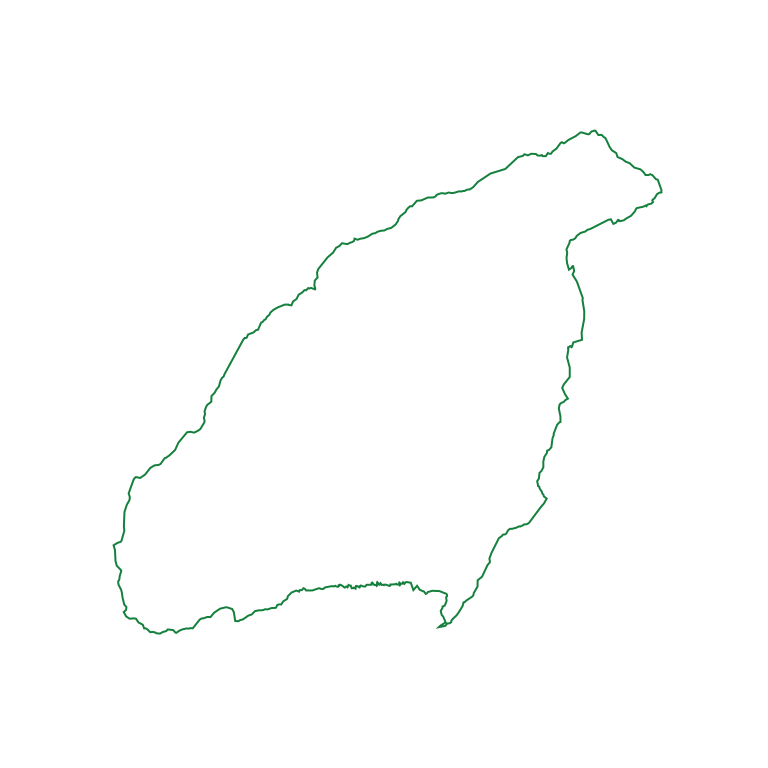 the district of Racoasa, Vrancea, Romania, rotated 283°
{"feature_id": "2599482B99860020344189", "entity_name": "Racoasa", "entity_type": "district", "adm_level": 2, "iso_a3": "ROU", "parent_name": "Romania", "parent_adm1": "Vrancea", "projection": "robinson", "projection_center": [26.879, 46.017], "detail": "fine", "context": "isolated", "style": "outline", "palette": "green", "viewbox_px": 768, "rotation_deg": 283, "n_neighbors": 0, "source": "geoboundaries", "source_scale": "gbopen_adm2", "svg_char_len": 6144}
<svg xmlns="http://www.w3.org/2000/svg" viewBox="0 0 768 768"><g transform="rotate(283 384 384)"><path d="M635.4,610.7L644.6,604.8L644.8,602.8L647.9,598.5L648.3,596.3L647.0,594.5L646.5,591.8L649.1,588.8L650.8,585.7L651.2,579.2L654.4,573.7L655.0,569.5L656.7,565.8L657.7,560.5L661.3,558.3L662.9,553.6L665.5,550.7L673.4,544.5L674.1,542.5L675.7,540.1L674.8,536.9L678.2,533.2L678.4,532.4L676.6,529.3L673.6,527.7L673.2,526.5L673.6,519.7L672.9,518.5L668.6,515.0L663.3,508.8L659.3,505.6L659.0,505.1L659.6,502.9L658.5,501.8L652.2,499.1L648.6,496.0L645.9,494.9L645.5,493.0L645.9,491.7L642.4,490.4L641.7,487.3L642.6,486.2L641.6,484.8L641.2,482.2L642.3,480.3L641.4,475.6L639.2,472.8L639.4,469.1L637.4,467.9L635.3,463.6L620.8,453.8L613.0,440.4L601.9,429.9L595.8,426.6L592.9,423.8L592.1,421.4L590.1,418.8L589.9,417.5L589.0,416.3L588.7,414.0L585.8,408.8L585.3,407.2L585.1,403.9L583.1,400.7L583.2,398.9L582.6,396.5L580.3,392.9L578.4,392.0L576.9,390.2L575.5,384.7L571.3,379.0L569.9,374.8L563.4,371.4L563.1,369.5L561.0,367.9L558.3,366.6L556.4,366.3L551.3,362.2L548.0,361.0L545.8,360.9L542.0,359.4L537.6,355.8L535.9,352.3L533.6,349.7L532.8,347.0L530.9,343.4L529.0,341.6L527.9,338.9L524.0,335.1L521.7,331.9L520.2,328.2L518.6,325.8L519.0,322.6L516.7,322.6L515.1,321.1L513.9,319.0L512.0,316.8L511.7,311.4L508.4,309.5L506.0,306.7L500.7,304.9L494.8,300.6L481.3,294.1L477.5,293.7L472.8,295.3L469.3,293.3L464.2,294.0L461.6,295.6L460.7,295.5L461.2,291.2L460.2,289.6L460.4,288.5L457.8,287.1L457.6,285.4L454.7,283.7L451.9,280.8L447.1,279.6L443.9,276.8L439.8,276.1L439.6,273.6L439.9,273.0L439.0,269.4L434.7,263.2L431.3,259.5L428.0,257.2L425.8,256.8L423.2,254.9L420.3,254.0L419.5,252.9L417.4,251.9L416.0,250.4L408.6,249.1L407.5,247.0L405.1,245.5L401.6,240.4L398.4,239.8L397.7,239.2L397.5,237.9L395.6,236.9L357.4,226.3L355.3,226.1L353.5,224.8L351.1,224.0L344.4,223.7L341.1,222.0L337.5,221.0L333.4,218.6L327.8,219.7L323.9,216.5L321.7,215.8L317.0,215.3L314.6,216.4L310.5,216.1L307.7,217.5L306.4,217.6L298.8,215.2L296.3,212.9L293.9,209.9L293.9,206.2L292.7,203.0L280.7,196.9L272.7,195.3L266.1,190.9L263.0,188.1L262.4,187.0L255.7,184.2L254.4,182.5L253.1,178.7L249.7,175.2L242.0,171.6L237.6,167.5L237.5,163.3L237.1,162.7L234.9,161.6L220.0,159.8L216.6,161.8L213.4,162.1L208.7,160.6L201.0,159.9L186.7,162.6L182.6,164.0L172.2,163.5L171.1,163.0L169.1,159.9L166.0,156.8L161.7,159.2L151.2,162.2L146.8,164.5L143.5,169.6L142.6,170.1L137.4,169.7L133.9,170.1L131.8,169.4L130.5,169.8L128.7,170.5L124.3,174.2L121.8,175.5L117.0,177.3L110.7,180.5L108.7,183.2L105.8,183.5L103.2,181.7L99.5,185.1L98.1,188.9L99.5,193.5L99.5,195.1L96.4,198.5L95.2,203.1L91.9,205.3L92.3,206.6L91.9,208.3L89.6,212.0L90.4,214.4L90.5,216.7L89.9,218.0L90.4,221.9L92.4,224.0L94.3,227.4L96.2,228.5L96.8,233.9L94.8,236.9L94.8,237.6L97.5,240.0L99.5,242.7L101.3,246.3L101.8,249.0L102.6,250.2L102.9,252.6L113.1,257.5L114.8,259.5L115.0,260.7L117.2,264.1L117.9,267.4L122.9,269.9L128.2,274.8L130.8,280.0L131.1,281.2L130.6,286.6L128.1,288.9L119.6,292.4L120.1,295.5L121.5,296.8L122.9,299.5L127.8,303.9L129.8,307.1L133.6,309.3L135.2,312.6L136.3,316.7L137.8,318.8L138.2,321.4L140.3,324.6L141.6,329.0L144.7,329.8L145.8,331.7L146.0,333.4L149.4,334.6L152.9,338.0L155.5,338.0L160.1,340.9L163.0,345.0L162.6,348.0L164.2,348.2L164.7,350.3L166.9,351.5L166.5,353.1L165.3,354.5L166.7,360.6L170.4,366.6L170.2,368.7L170.6,370.9L172.5,372.3L175.4,378.8L175.3,380.2L176.4,381.9L176.0,382.8L176.1,384.9L177.1,385.7L177.8,385.2L178.6,386.2L178.1,388.7L176.8,391.2L177.3,392.2L178.2,392.8L177.7,394.2L180.2,394.6L179.9,395.6L180.1,396.9L177.7,398.5L178.1,399.9L178.9,400.4L178.2,402.3L180.9,402.2L181.1,403.6L180.2,405.8L180.6,406.2L181.7,406.0L182.5,406.8L182.1,409.1L182.4,411.2L184.4,412.2L185.6,417.0L187.5,416.7L187.9,417.1L186.0,419.8L186.3,421.4L185.6,422.3L186.8,422.9L188.5,421.8L189.4,422.0L187.5,424.9L189.1,425.4L187.7,427.2L188.3,428.6L188.0,429.2L188.9,430.2L188.5,435.0L188.9,435.4L190.1,435.3L191.1,439.3L192.1,440.8L191.5,441.7L192.2,443.4L194.0,443.6L193.7,444.2L191.6,444.1L191.3,444.6L193.2,445.6L193.7,446.8L195.1,447.1L195.1,447.5L194.0,447.8L193.7,448.7L195.6,449.7L196.1,450.6L196.4,454.8L189.8,459.0L194.8,461.6L191.5,465.2L190.7,469.8L188.9,471.8L189.4,472.7L191.2,473.6L193.4,477.7L194.7,484.6L193.6,491.9L192.6,492.9L191.3,493.1L190.1,492.5L186.8,493.8L181.9,493.1L180.3,491.1L179.2,491.4L175.6,490.3L171.9,492.2L170.8,493.9L165.6,497.7L161.3,493.4L159.4,492.1L162.1,498.1L164.9,499.6L165.5,501.6L167.0,503.1L168.4,502.9L170.0,503.5L175.0,506.8L179.2,508.5L185.7,510.6L189.1,510.6L189.5,511.6L191.4,512.8L196.7,517.8L198.2,518.6L200.6,518.5L207.6,520.7L213.8,519.4L218.3,522.9L230.9,525.6L233.8,527.1L234.7,527.2L237.5,526.0L243.5,526.7L259.6,530.6L262.3,533.0L264.0,533.8L264.7,535.8L265.7,536.8L269.4,537.8L271.3,539.4L271.8,541.6L273.8,545.3L275.7,547.6L275.7,548.7L277.5,551.1L278.6,551.9L279.4,554.5L281.1,556.4L299.6,564.6L303.5,566.7L309.0,568.3L310.4,565.1L312.1,564.2L312.9,562.9L314.7,561.9L316.7,559.6L319.0,558.2L319.1,557.2L323.8,555.1L326.7,556.2L332.3,555.5L334.8,557.0L338.8,558.0L344.1,556.7L348.9,556.6L353.4,558.2L355.8,558.0L356.9,559.6L360.0,561.3L369.0,560.4L372.4,560.9L373.7,560.5L383.0,561.8L386.0,563.4L386.8,564.5L392.4,563.1L399.3,559.9L403.2,559.7L404.8,560.4L407.3,563.4L409.0,564.2L411.1,566.5L414.6,562.8L420.3,558.5L424.1,559.3L432.6,563.4L441.8,561.3L451.0,556.4L458.8,555.9L460.5,555.2L461.3,555.3L461.2,555.8L462.7,556.7L462.9,557.5L462.1,558.4L462.6,558.8L467.1,559.1L471.6,567.0L478.5,565.0L492.4,564.4L499.8,562.8L510.7,558.4L512.4,558.4L527.2,548.9L533.0,543.1L536.7,543.9L540.8,542.1L541.4,541.7L541.2,541.1L539.2,540.5L537.0,538.5L542.9,535.2L547.8,533.5L553.1,533.0L556.2,531.5L563.3,533.0L565.2,532.8L566.2,533.4L567.2,535.8L569.0,537.6L571.7,538.5L575.3,541.4L577.9,545.9L580.0,547.5L581.5,550.2L594.5,565.7L595.5,568.0L591.6,571.5L593.4,573.8L596.6,575.2L596.6,575.8L595.7,576.0L595.6,577.0L597.5,580.9L599.9,582.9L603.4,586.8L609.0,589.8L610.8,590.0L612.3,590.8L615.0,596.6L616.8,598.9L616.3,599.7L618.0,600.4L620.0,604.0L621.8,605.2L623.4,604.1L624.1,604.4L626.0,605.9L630.4,607.3L632.4,609.3L633.0,611.2L635.4,610.7Z" fill="none" stroke="#15803d" stroke-width="2"/></g></svg>